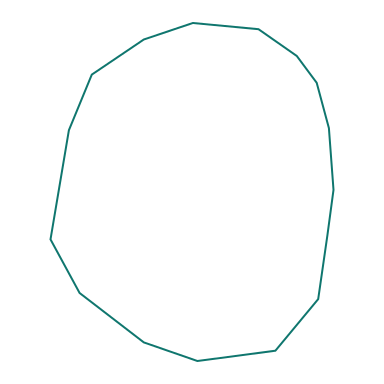 the district of Lukalaba, Kasaï-Oriental, Democratic Republic of the Congo
{"feature_id": "63176286B63969135863157", "entity_name": "Lukalaba", "entity_type": "district", "adm_level": 2, "iso_a3": "COD", "parent_name": "Democratic Republic of the Congo", "parent_adm1": "Kasaï-Oriental", "projection": "equal_earth", "projection_center": [23.657, -6.482], "detail": "fine", "context": "isolated", "style": "outline", "palette": "teal", "viewbox_px": 384, "rotation_deg": 0, "n_neighbors": 0, "source": "geoboundaries", "source_scale": "gbopen_adm2", "svg_char_len": 320}
<svg xmlns="http://www.w3.org/2000/svg" viewBox="0 0 384 384"><path d="M143.8,39.5L91.8,74.6L68.9,130.2L50.5,239.4L79.6,293.0L143.8,342.4L197.4,361.0L275.4,350.7L318.2,299.1L327.4,235.3L333.5,189.9L328.9,128.1L316.7,82.8L296.8,56.0L258.5,29.2L192.8,23.0L143.8,39.5Z" fill="none" stroke="#0f766e" stroke-width="2"/></svg>